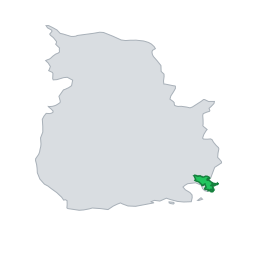 Prey Nob, Krong Preah Sihanouk, Cambodia shown in context, rotated 280°
{"feature_id": "14789045B88399484092706", "entity_name": "Prey Nob", "entity_type": "district", "adm_level": 2, "iso_a3": "KHM", "parent_name": "Cambodia", "parent_adm1": "Krong Preah Sihanouk", "projection": "equal_earth", "projection_center": [103.742, 10.678], "detail": "fine", "context": "in_parent", "style": "filled", "palette": "green", "viewbox_px": 256, "rotation_deg": 280, "n_neighbors": 0, "source": "geoboundaries", "source_scale": "gbopen_adm2", "svg_char_len": 6330}
<svg xmlns="http://www.w3.org/2000/svg" viewBox="0 0 256 256"><g transform="rotate(280 128 128)"><path d="M214.6,29.5L215.1,32.0L213.7,36.7L212.2,41.0L209.4,44.8L209.3,47.6L208.3,55.9L208.7,58.5L209.4,60.7L210.3,62.0L212.9,70.1L215.2,77.4L217.4,83.5L217.8,87.3L215.8,97.0L213.5,106.0L213.7,110.4L214.8,114.9L215.9,120.8L216.4,128.4L215.8,133.4L214.7,136.5L212.7,139.6L210.9,141.2L208.7,138.6L207.0,138.4L204.7,139.2L202.9,140.5L199.2,145.1L195.2,149.6L189.5,150.8L187.3,154.1L185.0,154.6L180.5,154.8L177.6,155.6L177.7,157.2L177.5,165.2L177.6,167.1L177.1,167.5L175.1,167.8L171.7,166.6L167.0,164.6L163.7,164.3L162.0,167.8L161.0,169.1L159.8,169.3L158.4,169.9L158.0,171.5L157.9,173.4L158.6,176.7L158.8,182.0L158.6,185.6L159.9,187.8L167.0,195.5L169.1,197.4L169.3,198.5L168.1,202.7L169.2,208.5L167.0,208.4L163.3,205.9L161.5,204.4L159.3,205.6L158.6,205.4L157.1,202.5L155.2,199.6L153.3,199.4L149.1,200.5L144.9,201.3L143.3,201.3L142.7,201.9L140.2,206.2L139.2,205.5L134.9,203.8L131.0,203.2L130.2,204.3L130.7,207.9L131.6,211.3L131.1,212.8L128.9,214.6L126.1,217.9L124.4,220.5L123.2,221.1L118.9,221.0L114.6,221.4L112.9,223.8L111.3,225.7L109.9,226.2L104.3,220.2L93.2,218.1L92.0,215.5L90.9,215.0L89.9,218.4L83.8,221.7L81.2,219.7L79.3,217.3L79.6,214.3L81.4,211.9L84.4,210.2L85.8,204.1L83.5,196.4L81.5,194.1L79.4,192.4L77.1,195.2L75.2,200.2L73.2,202.7L70.5,203.3L66.4,203.1L64.8,195.7L64.3,189.4L64.9,182.2L65.5,177.9L61.6,172.1L61.3,166.5L59.5,163.6L58.9,165.0L58.9,166.6L58.4,165.5L52.2,149.1L51.2,141.5L52.3,135.6L52.9,133.6L51.1,130.6L48.6,127.1L44.2,122.5L43.9,115.2L43.0,106.7L41.6,103.8L39.6,98.5L38.5,94.2L38.2,82.7L38.7,81.7L41.9,81.4L45.9,80.6L46.5,78.7L45.8,77.2L48.4,74.6L52.1,68.9L55.0,62.9L57.0,59.1L58.2,55.4L62.4,50.1L68.1,46.5L72.0,45.6L76.0,44.4L79.9,42.6L81.7,42.4L86.5,44.6L89.1,45.1L91.8,45.1L94.6,45.3L97.1,45.1L103.0,43.6L109.2,44.8L114.8,43.8L121.7,42.1L125.1,43.2L128.2,44.9L128.6,48.4L129.3,50.0L130.3,51.3L131.7,51.3L133.5,48.8L134.9,46.3L135.4,45.8L135.5,47.1L136.2,49.8L137.5,52.5L138.9,54.3L141.1,56.6L142.5,56.7L147.2,54.5L154.3,57.8L155.2,59.4L157.5,62.7L159.9,65.1L165.5,65.2L167.4,59.4L166.4,55.8L163.3,49.6L162.4,46.0L163.4,45.3L168.7,44.6L169.6,43.9L170.7,39.9L172.2,40.4L175.1,40.9L178.2,38.1L180.1,35.2L181.1,36.6L182.2,38.6L183.4,39.8L185.7,41.5L188.2,43.9L189.7,46.3L190.9,47.3L194.1,46.6L194.9,46.7L196.8,43.8L198.0,42.2L199.1,42.7L200.7,42.6L204.0,38.9L205.9,35.5L206.9,34.6L209.9,36.3L211.1,35.9L212.7,31.3L214.6,29.5ZM62.7,186.0L62.1,186.4L61.5,186.4L61.0,185.8L61.0,183.1L61.4,181.5L62.4,181.2L62.7,186.0ZM72.0,212.0L70.8,213.8L68.8,210.1L68.8,209.1L72.0,212.0Z" fill="#d9dde1" stroke="#a8b0b8" stroke-width="1"/><path d="M92.4,201.2L92.3,201.4L92.2,201.5L89.1,203.6L88.6,203.4L88.1,202.9L88.0,203.0L87.6,204.5L87.5,205.1L87.5,205.6L87.3,206.7L87.1,207.3L86.0,209.0L85.8,209.3L85.2,210.2L84.7,210.8L84.2,210.8L84.2,211.1L84.3,211.5L84.5,211.8L84.6,211.7L84.7,211.9L84.8,211.9L84.8,212.0L85.0,212.1L85.2,212.4L85.7,212.7L85.9,213.0L86.1,213.2L86.2,213.3L86.2,213.5L85.8,213.4L85.7,213.5L85.3,213.9L85.0,214.1L84.3,214.6L83.5,215.1L83.3,215.0L83.1,215.1L82.7,214.8L82.4,214.5L82.4,214.3L82.0,214.1L81.9,214.1L81.7,214.2L81.5,214.4L81.4,214.5L81.3,214.4L81.2,214.5L81.1,214.4L80.9,214.8L80.9,215.1L81.1,215.6L81.2,215.9L81.2,217.1L81.4,217.5L81.3,217.8L81.0,217.7L80.9,217.7L80.7,217.8L80.6,217.7L80.5,217.8L80.4,217.8L80.5,218.0L80.4,218.0L80.5,218.2L80.6,218.3L80.6,218.5L80.4,218.7L80.4,218.8L80.4,219.0L80.3,219.3L80.3,219.2L80.4,219.3L80.3,219.5L80.4,219.9L80.4,220.0L80.5,220.3L80.6,220.2L80.8,219.9L81.1,219.4L81.3,219.3L81.3,219.2L81.3,219.3L81.6,219.5L81.8,219.8L82.0,220.1L82.1,220.6L82.0,221.0L82.0,221.5L82.0,221.8L81.9,221.9L82.0,222.0L82.5,222.3L82.6,222.6L82.8,222.5L83.0,222.6L83.1,222.4L83.1,222.2L83.3,222.1L83.6,222.1L83.7,221.9L83.9,222.0L84.1,222.1L84.2,221.8L84.2,221.7L84.3,221.6L84.6,221.6L84.9,221.8L85.0,221.7L85.6,221.9L85.9,222.1L86.1,222.1L86.3,221.7L86.3,221.4L86.4,221.2L86.3,220.8L86.3,220.7L86.0,220.5L85.9,220.2L85.6,220.1L85.6,219.8L85.6,219.7L85.8,219.5L86.0,219.7L86.1,220.0L86.3,220.2L86.5,220.3L87.0,220.7L87.4,220.7L87.5,220.5L87.7,220.4L87.8,220.4L88.0,220.4L88.0,220.5L87.9,220.5L88.2,221.1L88.4,221.2L88.5,221.1L88.7,220.9L89.0,219.9L89.4,219.0L89.7,218.4L90.1,217.7L90.4,217.2L90.7,216.7L90.8,216.5L90.8,216.2L90.7,215.9L90.5,216.1L90.5,215.7L90.3,215.5L90.3,215.1L90.4,214.9L90.6,214.8L90.7,215.0L90.8,215.0L91.1,214.9L91.3,214.8L91.2,214.7L91.7,215.0L91.8,215.0L92.0,215.1L92.1,215.3L92.0,215.8L92.2,216.0L92.3,216.4L92.5,217.0L92.7,216.9L93.0,216.8L92.9,216.8L93.0,216.7L92.9,216.6L93.0,216.5L93.3,216.7L93.3,216.8L93.4,216.6L93.5,216.4L93.5,216.5L93.6,216.4L93.7,216.1L93.8,215.9L93.8,215.6L94.1,214.8L94.2,214.1L94.1,213.7L94.0,213.0L93.9,212.5L93.7,212.4L93.2,211.7L92.8,210.8L92.7,210.6L92.7,210.2L92.6,209.7L93.0,209.4L93.1,209.2L93.1,208.9L93.0,208.6L93.0,208.2L93.2,207.8L93.3,207.6L93.5,207.3L93.2,206.6L92.8,206.2L92.7,205.9L92.7,205.6L93.0,205.4L92.9,205.2L92.6,205.0L92.5,204.9L92.7,204.3L92.7,204.1L92.7,203.8L92.8,203.7L93.0,203.7L93.0,203.3L93.0,202.8L93.1,202.6L93.1,202.4L93.1,201.9L93.0,201.7L92.8,201.6L92.7,201.6L92.4,201.2ZM87.2,221.2L86.7,221.1L86.5,221.3L86.6,221.5L86.7,222.2L86.7,222.4L86.7,222.9L86.6,223.1L86.4,223.0L86.2,223.0L86.2,223.3L86.3,223.4L86.7,223.7L87.0,224.1L87.1,224.4L87.2,224.5L87.3,224.5L87.5,224.8L87.5,224.7L87.8,224.3L88.0,224.3L88.0,224.2L88.3,224.1L88.4,223.8L88.3,223.7L88.3,223.2L88.4,222.9L88.3,222.7L88.3,222.3L88.3,222.0L88.3,221.9L88.0,221.6L87.5,221.3L87.2,221.2ZM88.2,224.9L88.0,225.1L88.1,225.4L88.0,225.6L87.9,225.6L87.9,225.9L88.1,226.0L88.2,225.9L88.3,225.9L88.4,226.1L88.5,226.4L88.7,226.5L88.8,226.5L88.8,226.4L88.6,226.1L88.7,225.9L88.9,225.8L89.0,225.8L89.0,225.7L89.3,225.5L89.0,225.3L88.9,225.3L88.7,225.4L88.6,225.2L88.2,224.9ZM81.3,221.8L81.2,221.8L81.1,221.7L80.9,221.8L80.9,222.0L81.0,222.1L81.2,222.3L81.2,222.5L81.1,222.8L81.1,223.0L81.3,223.0L81.5,223.1L81.6,223.3L81.7,223.2L81.8,222.9L81.9,222.7L81.8,222.3L81.7,222.3L81.6,222.2L81.7,221.9L81.3,221.8ZM80.5,222.5L80.4,222.1L80.2,222.0L79.9,222.2L79.9,222.3L80.1,222.3L80.3,222.7L80.5,222.7L80.5,222.5ZM79.7,221.2L79.8,221.0L79.8,220.9L79.9,220.6L79.7,220.7L79.7,220.8L79.6,221.1L79.7,221.2ZM82.4,222.9L82.4,222.5L82.3,222.8L82.4,222.9ZM80.5,221.7L80.4,221.6L80.5,221.7Z" fill="#22c55e" stroke="#15803d" stroke-width="1.5"/></g></svg>